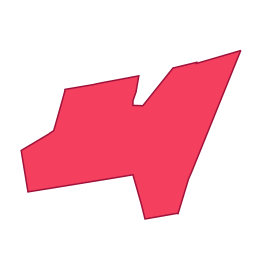 outline of Chipinge Urban, Manicaland, Zimbabwe, rotated 276°
{"feature_id": "62879985B32287047423365", "entity_name": "Chipinge Urban", "entity_type": "district", "adm_level": 2, "iso_a3": "ZWE", "parent_name": "Zimbabwe", "parent_adm1": "Manicaland", "projection": "mercator", "projection_center": [32.63, -20.201], "detail": "fine", "context": "isolated", "style": "filled", "palette": "rose", "viewbox_px": 256, "rotation_deg": 276, "n_neighbors": 0, "source": "geoboundaries", "source_scale": "gbopen_adm2", "svg_char_len": 565}
<svg xmlns="http://www.w3.org/2000/svg" viewBox="0 0 256 256"><g transform="rotate(276 128 128)"><path d="M91.0,195.9L216.5,231.9L216.7,231.7L199.4,189.4L200.5,189.5L192.7,167.4L192.4,166.5L151.7,140.4L151.0,130.5L155.8,130.1L164.6,132.2L181.0,133.3L170.7,98.7L169.1,93.6L168.8,92.6L167.4,88.5L162.8,72.0L159.8,61.3L158.0,61.3L147.1,59.5L131.8,56.9L117.6,54.4L114.6,50.7L114.3,50.6L110.7,45.8L94.5,24.1L54.0,35.2L79.5,128.9L82.0,137.8L52.9,149.5L39.3,154.4L48.2,185.6L48.0,186.7L83.9,193.6L91.0,195.9Z" fill="#f43f5e" stroke="#9f1239" stroke-width="1.5"/></g></svg>